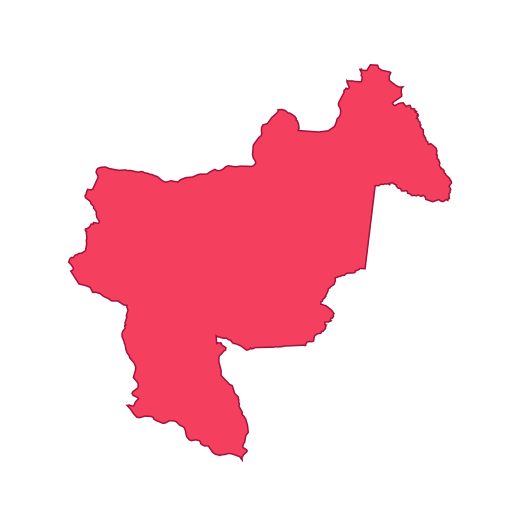 outline of Limon Indanza, Morona Santiago, Ecuador, rotated 277°
{"feature_id": "8360857B43814367991628", "entity_name": "Limon Indanza", "entity_type": "district", "adm_level": 2, "iso_a3": "ECU", "parent_name": "Ecuador", "parent_adm1": "Morona Santiago", "projection": "robinson", "projection_center": [-78.303, -3.052], "detail": "fine", "context": "isolated", "style": "filled", "palette": "rose", "viewbox_px": 512, "rotation_deg": 277, "n_neighbors": 0, "source": "geoboundaries", "source_scale": "gbopen_adm2", "svg_char_len": 6054}
<svg xmlns="http://www.w3.org/2000/svg" viewBox="0 0 512 512"><g transform="rotate(277 256 256)"><path d="M56.7,256.2L54.9,264.2L51.8,267.1L54.8,266.6L55.8,267.4L57.0,267.7L60.8,270.9L61.8,270.9L62.6,270.1L64.2,266.8L65.2,266.0L67.7,266.4L69.8,267.4L76.5,267.8L80.1,269.8L87.0,268.2L93.0,265.6L95.6,263.4L97.0,261.4L99.3,261.4L105.0,257.3L106.8,257.6L109.8,256.4L111.0,256.6L112.4,255.7L113.7,255.8L117.0,251.6L124.5,248.2L125.3,245.4L133.2,235.9L138.0,235.4L146.3,232.1L151.2,231.5L153.2,232.3L153.9,233.2L157.7,235.6L158.9,237.3L161.3,237.3L163.3,233.3L164.2,232.2L164.9,232.4L165.6,231.6L165.1,229.9L165.3,228.6L164.4,227.6L171.9,226.2L171.0,228.2L171.2,229.9L170.6,231.5L170.4,235.0L171.0,236.2L170.7,237.1L169.6,238.8L169.2,241.4L168.0,242.1L166.5,244.2L166.4,246.6L165.0,251.8L161.4,258.2L162.2,260.2L163.4,261.7L164.0,261.8L163.2,263.1L164.2,265.3L164.9,265.8L167.6,284.1L168.5,287.5L168.3,288.8L168.8,290.1L169.0,292.4L170.0,294.6L173.3,314.3L173.0,315.7L173.6,316.3L174.7,316.0L176.8,317.3L177.3,318.2L177.9,322.3L178.6,323.5L182.2,323.6L184.2,324.2L186.4,326.6L187.0,329.2L187.7,330.0L189.1,330.4L189.6,331.9L192.8,333.9L193.6,333.6L194.7,333.9L195.3,333.5L196.1,334.2L196.5,332.8L198.5,332.5L199.3,334.3L199.3,336.1L200.5,337.4L200.4,338.1L200.9,338.5L201.1,337.9L202.7,337.8L203.7,338.3L203.8,339.5L205.8,340.3L207.0,339.8L208.4,340.4L211.3,337.8L215.1,331.7L216.1,326.1L216.8,326.0L218.4,326.1L219.3,327.3L222.0,328.1L222.6,329.2L223.9,329.6L224.4,330.3L225.3,330.0L229.2,331.5L232.5,331.9L233.6,333.5L234.4,333.7L237.3,336.9L240.9,337.8L244.0,337.2L244.9,339.6L245.4,339.8L246.0,342.1L247.3,344.0L247.5,346.0L249.9,348.0L251.3,355.6L252.0,356.3L253.1,356.4L255.3,360.1L256.3,360.6L256.6,365.8L340.4,365.7L340.8,369.4L342.5,371.2L342.6,373.9L343.4,375.2L343.3,377.0L343.9,378.3L343.0,380.0L344.7,380.4L345.2,382.9L344.3,384.2L343.8,386.5L342.7,386.5L340.7,388.8L340.4,391.5L338.4,392.4L338.5,395.0L339.1,396.8L338.9,398.0L336.7,399.0L336.5,401.2L334.9,403.4L335.5,405.8L335.2,407.8L336.4,409.9L335.3,412.1L335.8,413.7L336.7,414.3L336.6,414.9L335.3,416.6L332.9,417.7L331.4,424.8L334.3,430.6L333.1,432.6L332.7,435.0L335.2,437.8L334.5,439.6L336.6,439.9L336.6,440.9L341.1,439.9L342.7,440.9L344.1,440.6L345.8,441.2L348.9,439.1L352.1,441.1L353.3,441.0L354.9,440.0L355.4,439.0L356.6,438.8L359.5,434.7L360.9,433.9L361.4,432.7L363.8,432.2L365.1,430.6L365.2,429.0L366.2,428.9L366.9,427.7L368.7,426.8L369.9,427.2L372.4,426.4L372.8,425.6L374.1,425.4L374.7,423.8L377.9,423.7L378.5,423.5L378.8,422.6L382.4,422.7L384.9,421.7L388.5,416.4L388.7,415.0L387.8,414.3L388.1,413.1L390.3,412.6L391.3,410.7L394.3,409.7L395.0,408.6L395.9,408.4L396.6,407.4L401.7,406.6L403.7,403.7L405.5,403.2L406.1,403.7L406.5,402.9L408.8,402.4L409.7,401.1L411.9,399.9L412.2,398.6L413.7,399.4L414.5,399.0L414.4,399.7L414.9,400.0L415.6,399.3L416.2,399.7L418.4,396.7L419.0,397.6L419.5,396.7L418.9,396.4L419.5,396.2L419.4,395.6L419.8,396.2L420.3,395.5L421.2,395.6L421.3,392.1L424.3,390.6L423.9,388.7L422.7,387.1L424.0,385.3L426.1,383.4L424.8,379.1L422.1,375.3L423.3,373.4L424.2,372.8L425.9,374.0L432.2,381.1L434.5,380.9L436.0,380.1L439.8,379.9L441.8,381.2L441.1,378.2L441.3,376.9L442.5,373.6L446.5,367.0L450.4,366.2L454.4,367.4L454.9,366.6L455.7,358.2L457.3,354.9L460.2,353.4L459.7,346.2L453.7,343.4L453.2,338.4L454.4,338.0L453.9,336.3L450.6,338.5L447.9,338.4L446.0,339.8L442.0,339.3L441.6,338.3L441.3,332.2L441.5,330.5L440.9,325.6L441.3,324.9L439.6,325.1L434.9,328.0L434.3,328.0L432.8,326.3L433.5,325.4L433.4,324.7L432.1,324.3L431.5,323.5L430.5,323.1L429.2,323.5L418.7,319.5L417.1,319.3L415.3,319.7L413.6,321.1L410.8,322.3L406.7,322.5L404.2,321.6L401.9,319.8L398.2,319.3L394.2,318.2L389.1,312.5L386.7,303.1L385.7,282.5L388.0,283.2L391.9,282.2L395.0,280.6L395.9,279.2L397.4,279.2L399.2,277.6L401.6,273.1L402.0,271.8L401.8,270.4L404.0,267.4L404.3,265.8L404.0,264.9L404.6,264.3L403.9,260.0L402.7,260.4L400.9,259.7L395.4,254.8L388.8,251.2L386.9,246.8L383.8,245.9L380.2,246.2L379.0,246.8L376.3,246.6L373.9,244.3L365.7,239.8L356.1,240.2L352.7,241.5L350.8,243.3L349.0,244.2L347.5,244.2L345.1,242.3L344.4,240.8L343.3,229.6L342.0,224.6L342.2,217.6L340.8,214.9L338.1,212.6L336.4,209.9L336.0,206.9L337.0,204.7L333.9,200.1L331.2,197.1L330.4,190.4L329.7,188.5L326.6,183.3L325.3,177.0L322.6,171.8L319.9,169.5L320.3,162.5L318.2,157.4L319.3,153.8L323.0,148.0L323.2,145.8L324.3,142.7L324.1,140.9L324.9,138.5L324.9,135.6L325.9,133.0L325.8,131.6L324.8,128.8L325.6,121.1L325.2,118.0L325.5,116.1L324.3,109.2L324.9,99.9L326.0,95.6L325.0,90.8L323.5,88.1L321.8,87.3L319.4,87.1L316.1,89.5L314.2,89.5L302.4,85.8L301.5,84.1L301.6,80.7L297.9,79.8L296.9,80.1L295.1,78.9L293.1,79.7L289.9,85.0L287.9,85.7L285.6,88.7L283.6,89.0L281.6,91.2L279.7,92.3L278.3,92.3L275.1,93.2L271.0,96.5L269.1,95.5L269.5,90.6L267.9,90.6L267.6,88.4L264.9,87.5L262.6,85.1L262.0,83.4L260.4,83.5L259.4,85.0L258.4,84.7L252.6,86.1L251.2,85.6L247.1,86.5L240.5,86.1L237.6,82.6L237.0,79.9L235.9,78.7L234.9,76.4L232.3,75.1L232.0,72.8L230.5,71.6L227.1,70.8L224.7,73.7L221.8,76.2L220.2,76.1L218.4,74.0L206.6,83.8L206.0,90.1L204.6,95.4L200.0,98.3L200.4,101.6L199.8,105.7L197.4,109.6L195.6,114.9L193.9,118.0L194.5,124.4L191.3,130.7L191.2,133.9L189.7,134.0L186.4,135.6L180.8,134.5L179.9,135.3L173.3,134.1L171.6,135.2L171.1,134.1L168.3,134.9L165.2,133.0L162.7,132.5L159.8,132.8L154.7,135.7L153.6,135.8L152.1,136.8L147.5,138.2L144.4,139.7L141.8,142.1L139.4,143.2L135.0,148.1L131.2,150.1L128.3,150.3L120.4,149.1L115.5,154.4L112.2,155.0L110.7,154.8L106.3,150.3L104.9,149.7L103.8,150.0L102.6,151.2L101.0,156.1L100.2,156.8L96.4,154.1L92.5,153.0L91.9,151.6L92.6,148.4L92.0,146.2L88.6,150.2L84.5,153.7L81.4,157.5L81.4,160.3L83.5,165.1L84.0,171.3L83.4,173.4L81.7,174.4L80.4,177.4L78.6,184.1L79.2,186.4L81.5,189.5L82.1,191.0L82.3,194.5L81.8,197.1L78.7,201.0L77.6,204.7L76.9,205.6L74.8,206.9L68.2,209.2L65.5,212.0L64.9,214.5L66.2,218.6L65.8,222.3L64.9,223.3L63.0,224.0L62.3,225.1L61.2,227.9L61.7,231.4L61.3,232.1L55.8,236.9L54.3,239.7L53.7,244.7L54.4,245.7L55.3,249.8L56.4,251.9L56.7,253.8L56.7,256.2Z" fill="#f43f5e" stroke="#9f1239" stroke-width="1.5"/></g></svg>